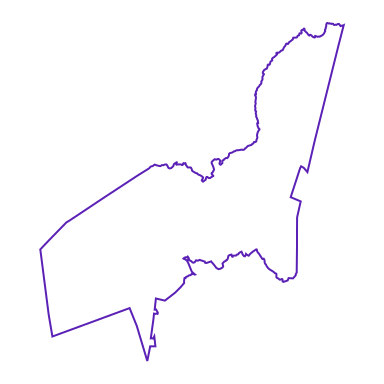 Mainero, Tamaulipas, Mexico
{"feature_id": "50627088B20885387864604", "entity_name": "Mainero", "entity_type": "district", "adm_level": 2, "iso_a3": "MEX", "parent_name": "Mexico", "parent_adm1": "Tamaulipas", "projection": "equal_earth", "projection_center": [-99.511, 24.6], "detail": "fine", "context": "isolated", "style": "outline", "palette": "violet", "viewbox_px": 384, "rotation_deg": 0, "n_neighbors": 0, "source": "geoboundaries", "source_scale": "gbopen_adm2", "svg_char_len": 5938}
<svg xmlns="http://www.w3.org/2000/svg" viewBox="0 0 384 384"><path d="M40.3,249.4L48.7,314.7L52.4,336.5L129.6,308.1L136.8,326.0L147.3,361.0L150.2,346.3L155.4,346.3L154.3,336.3L153.1,338.6L152.0,338.3L150.8,338.4L153.5,318.7L154.0,313.6L155.5,313.9L156.7,313.5L157.4,313.9L157.7,313.7L157.8,312.6L156.0,309.4L154.7,309.6L155.9,298.5L164.9,300.6L175.2,292.6L180.5,287.3L184.1,283.1L184.1,280.2L184.5,278.8L184.4,278.2L184.7,277.9L185.6,278.0L185.9,277.2L186.8,276.6L187.7,276.4L188.4,275.7L189.3,275.3L190.3,275.2L191.4,274.5L191.4,274.2L192.2,273.5L192.8,274.0L193.4,273.8L194.6,274.6L195.0,274.5L191.8,271.7L188.2,262.9L187.0,260.8L185.8,259.7L183.5,258.6L184.4,257.7L186.2,257.2L186.9,257.4L187.7,256.6L188.6,257.8L188.2,259.3L188.5,259.7L189.0,259.1L189.5,260.3L191.0,261.0L192.5,262.4L193.6,262.7L194.7,262.2L196.1,260.3L197.9,260.7L199.6,259.9L204.8,261.6L205.2,262.8L206.4,263.0L211.2,261.4L211.6,262.2L212.5,263.0L214.4,265.3L216.3,267.9L218.4,269.1L220.2,268.8L222.4,267.6L223.2,266.4L222.5,263.4L224.5,261.4L225.7,261.0L226.4,260.0L227.2,259.8L227.8,258.6L228.4,255.9L229.5,255.1L231.4,254.6L232.0,256.5L232.6,256.7L232.8,255.7L236.2,255.5L237.2,254.4L238.2,254.3L239.1,253.0L240.1,252.3L241.5,251.7L242.8,254.7L244.1,256.2L244.9,256.3L245.6,255.3L246.0,253.9L247.2,255.0L248.7,255.7L250.2,253.8L252.9,251.6L256.0,249.5L256.6,249.4L256.9,249.9L257.1,251.1L257.8,252.5L258.9,253.6L261.9,258.3L262.5,259.0L263.7,258.7L264.5,260.1L264.7,262.7L265.1,263.7L265.9,264.5L266.6,266.1L268.4,268.4L269.6,269.4L273.5,271.8L274.7,273.0L276.3,273.7L276.4,274.4L276.4,277.2L277.0,277.9L277.8,278.2L279.9,279.7L280.7,279.5L281.9,279.0L282.5,279.4L282.6,281.4L283.5,281.9L284.6,281.4L285.8,281.2L287.7,280.4L288.6,278.1L293.0,278.4L295.7,275.3L295.8,274.0L296.7,272.6L297.0,246.3L297.0,229.9L297.1,217.4L300.7,201.4L290.7,197.2L300.1,168.2L301.1,166.3L303.4,167.6L304.1,168.2L307.4,172.1L314.8,140.4L338.4,45.8L343.7,25.2L343.3,25.4L342.9,25.4L342.1,25.9L341.0,25.6L340.9,25.9L340.6,26.1L340.2,25.8L339.3,24.3L338.8,23.9L337.6,24.1L336.6,24.8L335.7,24.7L334.5,25.0L333.8,24.8L333.2,23.9L332.2,23.7L331.6,23.9L331.0,23.6L330.0,23.6L329.5,23.3L328.6,23.5L327.5,23.0L327.0,23.1L326.3,24.2L326.2,25.4L326.2,26.7L325.7,27.5L325.7,28.6L325.0,29.7L325.0,30.6L325.2,30.8L325.2,31.2L324.5,32.4L324.2,33.1L323.4,34.3L321.8,35.6L320.5,36.1L319.8,36.7L319.4,36.7L318.9,36.5L317.6,36.8L315.2,35.9L315.0,36.1L315.1,36.9L315.0,37.3L314.3,37.5L313.1,37.0L312.6,36.7L311.4,35.4L310.5,34.8L310.1,34.8L309.4,35.5L308.9,35.4L307.9,34.2L307.0,32.9L306.1,32.2L305.5,31.4L304.7,30.8L304.5,29.0L304.3,28.7L303.8,28.7L303.6,28.8L302.9,29.9L301.6,30.2L301.3,30.5L301.3,31.0L301.6,32.4L301.6,33.0L301.4,33.3L301.2,33.5L299.9,33.3L299.5,33.4L299.3,33.8L299.2,34.7L299.1,35.2L297.7,35.8L297.3,36.6L296.9,37.3L296.2,37.6L293.3,37.7L293.1,38.1L292.9,39.1L292.6,39.6L288.9,42.4L288.2,43.8L287.7,44.0L286.8,43.6L286.3,43.7L285.9,44.3L285.3,45.8L284.1,47.1L283.7,48.0L282.6,50.2L281.0,50.7L279.8,52.0L278.8,52.7L276.9,52.7L276.4,53.0L276.3,53.3L276.4,53.5L277.2,53.6L277.2,54.2L276.2,55.3L275.2,56.1L274.3,57.0L272.9,57.8L272.3,58.4L272.1,58.7L272.0,59.2L272.2,59.9L272.2,60.5L270.6,61.5L270.3,62.2L270.0,63.8L269.8,64.3L269.5,64.7L269.0,64.8L268.3,64.5L268.0,64.6L267.7,65.0L267.5,66.7L266.7,68.7L265.9,68.9L265.1,69.5L264.3,69.8L263.3,71.4L262.9,72.1L262.8,73.0L263.1,73.5L263.8,73.9L263.9,74.4L263.2,75.4L262.5,76.8L262.4,77.4L262.5,79.2L262.4,79.7L261.3,81.5L261.4,82.6L261.2,83.5L260.6,84.4L259.8,85.0L259.2,86.2L257.4,88.1L256.9,89.2L256.9,90.3L256.2,91.0L255.8,92.0L255.8,92.8L256.0,93.6L255.9,94.6L255.7,94.7L255.4,94.2L255.1,94.4L255.1,95.3L255.9,96.9L256.0,97.6L255.5,101.1L255.3,102.0L255.7,103.0L255.7,103.4L255.0,106.3L255.5,108.1L255.2,109.3L255.3,110.7L255.4,110.9L256.0,111.2L256.1,111.4L255.7,113.8L256.3,115.2L256.1,116.6L257.0,118.2L257.1,119.0L257.4,119.4L257.9,120.9L258.0,122.8L258.2,123.1L258.2,123.3L257.9,123.5L257.4,123.1L257.2,123.3L257.2,123.9L257.5,125.4L257.8,126.7L258.3,127.3L258.4,128.0L258.7,128.5L259.3,128.9L259.5,129.2L259.4,129.6L258.4,130.9L257.6,132.6L257.0,135.4L257.4,137.6L256.4,140.1L256.3,141.3L256.1,141.6L255.0,142.1L254.1,142.0L253.3,143.5L252.4,143.8L251.5,144.9L247.8,146.0L246.0,147.9L245.2,148.3L244.5,149.3L243.9,149.7L242.9,149.9L241.8,149.6L238.7,150.2L236.6,150.3L235.5,150.8L235.0,151.2L233.8,151.4L233.3,151.9L232.0,152.6L229.7,153.2L229.1,153.8L228.9,155.3L228.7,156.1L228.0,157.1L227.7,157.7L227.2,158.1L226.2,158.0L225.8,158.1L224.1,159.3L223.7,160.0L222.5,160.5L222.3,160.9L222.4,162.9L222.3,163.2L220.7,164.7L220.2,164.6L219.8,164.2L219.5,163.7L219.5,163.4L220.1,161.4L220.1,160.8L219.7,159.9L219.0,159.3L218.4,159.0L217.5,159.0L216.8,159.5L216.2,159.6L215.6,159.5L214.8,159.2L214.1,159.6L212.1,161.5L211.6,162.4L211.8,163.5L213.3,166.9L214.0,169.3L213.8,170.4L213.2,171.1L212.5,172.6L211.9,172.8L211.6,173.5L211.6,173.8L211.9,174.4L213.2,175.6L213.2,176.1L211.5,177.0L210.1,178.0L209.7,178.1L208.5,177.9L207.4,177.0L206.6,177.0L206.4,177.2L206.1,177.8L205.8,179.2L205.4,180.0L204.5,180.5L203.2,181.6L202.9,181.6L202.5,181.3L201.8,180.3L202.1,179.6L203.1,178.0L203.1,177.7L202.8,177.1L201.3,175.9L199.6,175.0L198.4,174.6L197.4,173.8L197.0,173.3L195.6,173.0L192.4,171.0L192.0,170.4L191.8,169.4L191.0,167.7L190.0,167.4L188.0,167.5L187.6,167.3L187.2,166.8L186.8,166.0L186.0,165.2L185.7,164.2L185.6,163.4L185.4,163.2L184.7,163.7L183.8,163.1L183.5,163.1L183.1,163.6L183.0,164.3L182.8,164.8L182.3,165.0L181.9,165.0L181.2,164.5L180.4,164.4L177.6,164.4L176.5,164.7L176.2,164.3L176.1,163.9L176.3,163.2L176.8,162.5L176.7,162.3L174.2,163.8L173.6,165.0L173.3,166.1L172.9,166.5L171.3,168.0L170.1,168.4L169.2,168.3L168.5,167.9L168.0,167.1L167.4,165.7L166.7,164.7L166.1,164.4L164.7,164.6L163.3,165.2L162.0,165.1L160.4,166.1L159.5,166.0L156.9,165.4L154.6,164.6L152.7,166.1L151.2,166.4L150.5,166.7L149.2,168.3L137.5,175.6L106.1,196.2L68.8,221.0L66.5,222.3L49.7,239.5L40.3,249.4Z" fill="none" stroke="#5b21b6" stroke-width="2"/></svg>